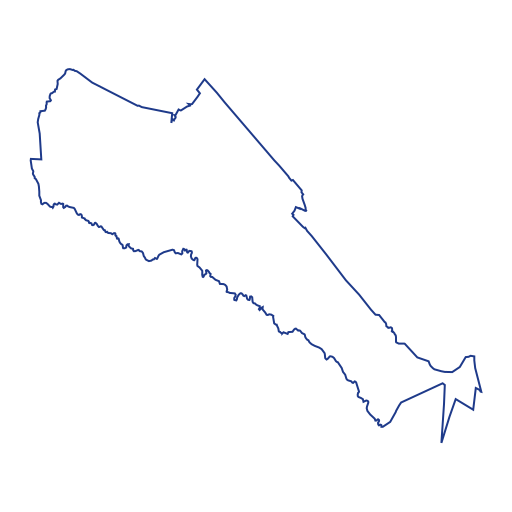 the district of Polotitlán, México, Mexico
{"feature_id": "50627088B18153626754023", "entity_name": "Polotitlán", "entity_type": "district", "adm_level": 2, "iso_a3": "MEX", "parent_name": "Mexico", "parent_adm1": "México", "projection": "equal_earth", "projection_center": [-99.828, 20.212], "detail": "fine", "context": "isolated", "style": "outline", "palette": "blue", "viewbox_px": 512, "rotation_deg": 0, "n_neighbors": 0, "source": "geoboundaries", "source_scale": "gbopen_adm2", "svg_char_len": 5983}
<svg xmlns="http://www.w3.org/2000/svg" viewBox="0 0 512 512"><path d="M441.4,442.9L449.5,416.7L455.7,399.1L473.2,409.7L475.8,388.0L479.6,389.9L480.6,391.6L481.3,391.8L475.2,368.1L474.3,360.5L474.3,356.4L470.6,355.8L468.6,356.8L465.7,357.1L459.8,367.0L452.2,372.1L444.7,371.9L441.2,371.2L434.4,369.3L432.9,368.2L430.7,366.0L429.8,364.5L428.6,361.3L417.3,357.4L404.8,343.8L404.3,343.6L398.8,343.6L396.3,342.4L396.0,341.9L396.0,337.1L395.7,335.3L394.8,334.3L394.5,333.4L393.0,331.6L392.6,331.4L392.3,331.7L391.8,331.2L392.2,330.0L392.0,328.2L390.8,327.3L388.7,327.9L388.1,327.7L388.1,327.4L386.4,326.3L386.1,323.9L385.4,322.4L384.7,322.1L379.1,315.0L375.5,314.7L371.0,309.7L359.1,294.6L345.9,280.3L326.2,254.4L311.6,235.9L307.1,230.9L305.5,228.0L305.2,228.4L304.9,228.3L302.9,226.8L292.7,216.3L293.5,214.9L292.2,213.7L294.5,210.7L295.9,207.1L299.7,208.7L299.7,208.2L300.3,208.4L305.0,210.8L305.9,210.9L306.2,210.5L305.6,209.6L305.6,207.9L304.7,204.9L302.5,198.8L302.1,196.2L302.5,195.2L303.2,194.4L301.5,192.3L301.7,190.4L292.9,180.0L291.4,180.6L288.9,177.5L288.5,176.5L279.0,165.4L274.3,160.4L224.6,102.3L216.9,92.8L204.6,79.2L196.9,89.6L199.9,93.3L197.4,97.0L192.1,104.0L191.1,104.3L188.7,104.0L189.9,105.1L190.0,105.6L187.1,106.5L181.0,110.4L180.4,110.4L178.6,109.5L175.5,115.1L174.4,115.1L175.7,117.0L175.4,118.0L174.6,118.9L173.9,120.4L172.3,119.0L171.3,122.9L172.2,113.2L141.8,107.1L138.9,105.6L137.6,105.8L92.2,82.6L80.3,73.6L76.7,71.2L74.7,70.8L73.5,69.8L72.8,70.0L69.9,69.1L67.9,69.3L66.4,70.0L65.7,71.0L65.1,73.6L64.1,74.8L60.4,78.4L58.2,79.8L57.5,80.8L57.7,84.0L56.6,89.0L55.1,89.5L54.9,91.6L53.9,91.7L52.0,93.2L51.1,93.3L50.4,94.0L49.7,96.1L49.6,98.1L50.9,100.3L50.3,101.2L46.8,101.6L46.6,102.6L46.7,104.0L46.0,105.7L46.1,107.6L45.6,109.3L44.8,110.7L40.4,111.2L40.3,112.5L39.3,113.2L39.4,114.8L38.2,119.0L37.7,122.3L39.7,133.6L41.3,159.4L30.9,158.9L30.7,160.5L31.9,168.6L33.2,171.0L33.3,171.6L32.9,173.3L33.1,174.4L34.7,176.9L34.7,178.2L35.9,179.1L38.4,183.8L38.9,186.5L39.3,191.7L39.3,195.7L41.0,200.3L40.9,202.0L41.4,203.8L42.4,204.3L44.3,202.9L46.1,202.9L47.5,203.9L50.0,206.6L51.2,207.0L52.3,206.9L52.8,207.7L53.5,206.5L53.6,204.8L54.3,203.8L54.8,203.6L55.4,204.2L57.2,204.6L59.0,202.8L60.6,203.8L61.6,203.9L62.6,203.6L63.2,203.9L63.2,207.2L63.8,207.9L65.3,206.9L66.1,205.7L67.1,205.6L68.1,206.4L69.5,207.0L73.8,207.9L74.7,208.9L76.9,213.5L78.0,214.7L79.0,215.0L80.0,214.2L80.8,214.2L81.6,215.0L81.9,216.2L81.9,217.5L84.7,218.5L84.9,219.3L85.5,219.6L85.9,220.2L88.3,220.9L88.8,221.5L89.0,222.8L89.6,223.1L90.2,222.9L91.4,223.3L92.1,225.0L92.9,225.2L93.8,224.8L94.9,222.9L95.5,222.8L96.8,224.0L97.7,225.7L98.9,227.0L99.6,226.9L100.7,226.3L101.4,226.5L103.6,229.7L104.1,230.2L104.8,230.2L105.6,232.0L106.2,232.2L107.1,231.8L108.2,233.0L110.9,233.2L112.3,234.2L114.1,233.1L115.2,233.3L115.5,234.1L115.3,235.1L115.7,235.8L116.4,236.0L117.0,238.6L117.4,238.7L118.0,238.3L118.6,238.6L119.4,241.6L120.2,243.0L121.2,244.1L122.0,244.5L122.6,245.1L123.0,247.8L123.2,248.2L124.6,248.3L126.2,247.5L126.3,246.1L126.6,245.2L127.5,244.3L128.8,244.2L128.5,245.5L129.2,246.6L131.1,248.4L133.0,248.8L133.3,250.5L133.9,251.2L135.5,251.1L138.3,249.9L138.9,250.1L139.2,250.7L139.9,251.2L141.6,251.4L142.0,251.7L143.0,253.1L143.8,256.1L144.9,257.6L145.6,259.1L146.1,259.7L148.9,261.1L151.4,260.6L152.7,259.5L153.8,259.4L155.0,258.0L156.7,258.9L157.1,258.8L158.6,255.6L159.3,254.7L163.8,252.2L172.5,249.7L174.0,250.2L174.8,252.3L175.7,253.3L177.9,253.0L181.3,254.4L182.3,253.5L182.2,251.2L183.3,248.8L183.9,248.9L185.0,250.5L186.1,249.6L186.6,249.7L187.1,252.1L187.5,252.6L187.9,252.6L189.3,250.9L191.1,251.1L191.7,251.4L191.9,252.8L191.1,254.5L190.9,256.4L191.7,258.6L193.5,260.1L194.3,260.2L194.7,259.6L195.1,258.3L195.6,257.8L196.5,257.8L197.2,258.5L197.5,259.4L197.2,264.8L197.5,266.0L199.5,267.4L202.2,270.7L202.3,272.2L202.2,274.8L202.7,276.8L203.1,277.0L203.6,276.6L204.4,274.7L205.6,274.2L206.4,273.3L206.0,270.5L206.7,270.1L207.5,270.3L208.9,271.8L209.5,273.0L210.6,273.9L210.2,276.1L210.9,276.9L212.3,277.0L215.5,279.8L219.0,281.2L219.9,283.9L223.6,284.1L225.2,284.9L226.6,286.5L227.2,289.6L226.6,291.4L226.7,291.9L228.6,292.3L229.6,292.9L234.8,293.4L235.7,294.7L235.3,296.4L234.3,297.9L234.2,299.3L234.4,300.0L236.3,300.4L236.9,299.2L237.2,297.4L238.7,294.8L240.1,293.5L240.8,293.2L241.6,293.4L242.6,294.4L243.4,295.7L244.3,296.1L245.6,295.2L246.3,295.5L247.1,298.7L248.1,299.8L249.4,300.0L249.8,299.1L250.1,296.6L251.2,296.4L252.2,297.3L252.6,301.8L253.5,303.2L254.9,303.4L256.0,304.5L257.3,305.3L259.8,306.2L259.7,307.8L258.9,309.1L259.6,310.0L261.6,307.7L262.7,307.1L262.5,309.3L265.2,312.5L266.6,314.8L267.8,315.0L269.2,314.3L271.2,314.6L273.3,315.9L273.1,317.0L274.2,323.4L276.0,324.7L276.7,324.7L277.1,325.9L278.3,328.4L278.8,331.3L279.2,331.7L280.2,332.0L280.6,332.6L281.5,333.1L282.3,333.1L282.3,333.5L283.5,332.3L287.6,333.9L288.4,332.1L292.5,331.8L294.0,329.6L295.2,328.7L295.9,328.6L298.2,330.6L298.7,330.3L300.1,330.7L302.0,333.1L304.5,334.3L304.9,335.1L305.1,336.3L305.5,337.5L306.2,338.5L307.4,339.9L308.0,340.0L308.6,340.5L308.9,341.4L309.7,342.5L311.6,344.2L314.8,345.9L319.0,347.5L321.6,349.1L324.5,353.0L324.8,354.0L325.2,358.0L325.7,358.7L326.6,359.5L327.7,358.8L329.8,356.4L330.6,356.3L332.5,356.8L334.1,358.1L335.9,361.1L336.8,361.9L337.8,362.2L341.7,368.0L343.0,371.9L345.2,374.7L346.4,378.7L347.1,379.7L348.2,380.4L351.2,381.3L352.4,382.7L353.1,382.9L354.7,381.4L355.6,381.8L356.2,382.6L359.0,391.6L358.7,392.4L358.1,392.8L357.7,394.6L357.8,396.1L358.5,397.0L360.8,397.9L362.9,399.2L363.5,401.8L366.2,400.5L367.4,400.8L368.2,401.4L368.3,402.7L367.0,406.5L366.7,408.2L367.4,410.9L370.2,414.5L374.7,418.7L375.4,420.6L376.5,420.5L377.7,419.4L378.1,419.3L378.9,419.9L379.1,420.5L379.0,421.2L378.0,422.9L378.2,424.3L378.8,425.3L379.2,425.3L380.1,424.6L381.1,424.9L381.4,425.2L381.4,426.8L382.8,426.8L390.2,421.9L395.7,412.1L396.1,410.9L399.1,405.5L401.1,402.5L442.6,383.3L444.8,385.0L444.0,404.2L441.4,442.9Z" fill="none" stroke="#1e3a8a" stroke-width="2"/></svg>